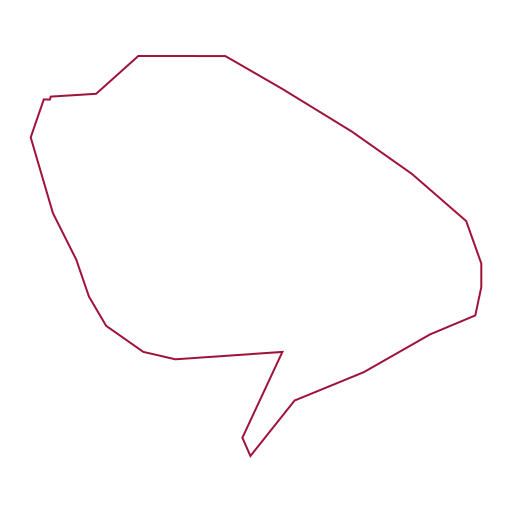 SVG path tracing the border of Plymouth
{"feature_id": "GBR-2141", "entity_name": "Plymouth", "entity_type": "Unitary Authority", "adm_level": 1, "iso_a3": "GBR", "parent_name": "United Kingdom", "parent_adm1": "", "projection": "albers", "projection_center": [-4.124, 50.392], "detail": "fine", "context": "isolated", "style": "outline", "palette": "rose", "viewbox_px": 512, "rotation_deg": 0, "n_neighbors": 0, "source": "natural_earth", "source_scale": "10m", "svg_char_len": 457}
<svg xmlns="http://www.w3.org/2000/svg" viewBox="0 0 512 512"><path d="M250.4,456.0L242.4,437.7L282.4,351.9L175.3,359.3L143.3,351.9L106.1,325.8L88.9,296.5L76.3,259.7L52.9,213.1L30.7,137.4L43.8,99.4L44.0,99.4L49.8,99.6L50.8,96.6L96.1,93.8L138.3,56.0L180.3,56.0L225.4,56.1L282.6,89.1L351.7,131.5L411.9,173.9L466.2,221.1L481.3,263.5L481.3,287.1L475.3,315.4L430.2,334.3L363.9,372.1L294.6,400.5L250.4,456.0Z" fill="none" stroke="#9f1239" stroke-width="2"/></svg>